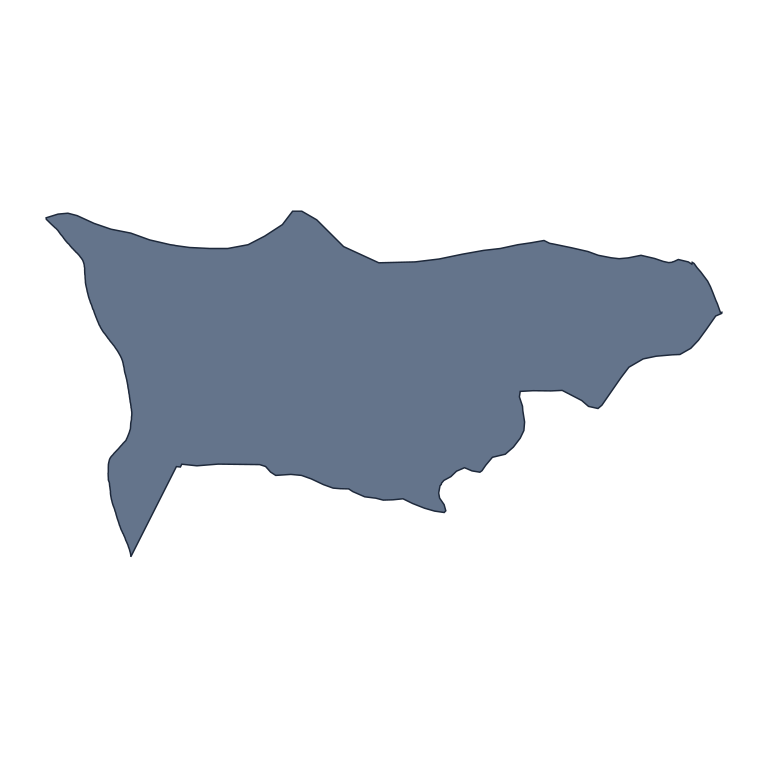 outline of Monchy/Malgretoute, Dauphin, Saint Lucia
{"feature_id": "8701671B92631226508247", "entity_name": "Monchy/Malgretoute", "entity_type": "district", "adm_level": 2, "iso_a3": "LCA", "parent_name": "Saint Lucia", "parent_adm1": "Dauphin", "projection": "orthographic", "projection_center": [-60.922, 14.041], "detail": "fine", "context": "isolated", "style": "filled", "palette": "slate", "viewbox_px": 768, "rotation_deg": 0, "n_neighbors": 0, "source": "geoboundaries", "source_scale": "gbopen_adm2", "svg_char_len": 5979}
<svg xmlns="http://www.w3.org/2000/svg" viewBox="0 0 768 768"><path d="M46.1,217.8L46.3,219.3L51.6,224.5L52.3,225.1L52.9,225.7L53.7,226.4L54.4,227.1L55.0,227.7L56.0,228.4L56.7,229.2L57.9,230.4L58.7,231.7L59.4,232.5L60.1,233.6L60.6,234.3L61.3,235.1L62.2,236.1L62.7,236.8L63.1,237.3L63.4,237.7L63.7,238.3L64.4,239.1L65.0,240.0L65.7,240.8L66.4,241.7L67.1,242.4L67.4,242.9L68.4,243.7L68.8,244.1L69.5,244.9L69.9,245.5L70.3,246.0L70.6,246.4L71.4,247.2L71.9,247.9L73.0,248.9L73.8,249.8L74.5,250.6L75.0,251.0L75.6,251.7L75.9,252.1L76.4,252.5L77.3,253.3L77.8,253.8L78.3,254.5L78.8,254.9L79.8,256.2L80.3,256.9L80.7,257.5L81.2,258.0L82.0,259.2L82.4,259.7L82.6,260.1L82.9,260.8L83.2,261.5L83.6,262.7L83.9,263.6L84.1,264.4L84.3,265.6L84.3,266.4L84.5,267.2L84.7,268.6L84.6,270.0L84.7,270.9L84.7,271.5L84.7,272.5L84.8,273.4L84.8,274.1L85.0,275.2L85.1,276.3L85.1,277.4L85.2,278.8L85.3,279.9L85.4,280.9L85.4,281.7L85.4,282.4L85.7,284.3L85.9,285.2L86.0,285.8L86.3,287.1L86.5,287.9L86.8,289.2L87.0,290.3L87.2,291.4L87.5,292.5L87.8,293.6L88.1,294.9L88.4,296.1L88.7,297.3L88.9,297.8L89.2,298.8L89.4,299.4L89.8,300.3L90.5,302.7L91.0,303.8L91.4,304.6L91.7,305.4L92.0,306.4L92.2,307.0L92.5,308.0L92.7,308.8L92.9,309.2L93.3,309.7L93.5,310.1L93.7,310.7L93.9,311.3L94.5,313.2L94.7,313.8L95.0,314.4L95.2,315.0L95.8,316.6L96.1,317.4L96.3,317.8L96.8,319.1L97.2,320.1L97.4,320.7L97.9,321.7L98.2,322.5L98.4,322.9L98.6,323.5L98.8,324.0L99.3,325.2L99.7,325.6L99.9,326.1L100.2,326.7L100.4,327.2L100.7,327.8L101.3,328.7L101.5,329.1L101.9,329.8L102.3,330.4L102.8,331.2L103.3,332.0L103.8,332.6L104.4,333.4L105.0,334.0L105.5,334.8L106.1,335.5L106.9,336.7L107.6,337.6L108.0,338.3L108.5,338.8L108.9,339.3L109.6,340.3L109.9,340.8L110.9,342.0L111.3,342.5L111.7,342.9L112.3,343.7L113.0,344.6L114.4,346.3L114.8,347.0L115.2,347.5L115.5,348.1L115.8,348.5L116.4,349.3L117.0,350.2L117.5,350.9L117.9,351.6L118.2,352.1L118.6,352.8L119.0,353.5L119.4,354.2L119.9,355.1L120.4,355.9L120.6,356.5L120.8,356.9L121.4,358.0L121.6,358.6L122.3,360.4L122.5,361.0L122.7,361.7L122.8,362.2L123.0,362.8L123.3,364.5L123.5,365.5L123.8,366.8L124.0,367.4L124.2,368.5L124.2,369.1L124.5,370.8L124.6,371.6L125.3,374.3L125.5,374.7L125.8,376.1L126.1,377.3L126.3,378.1L126.6,379.3L126.8,380.1L127.0,381.5L127.2,382.3L127.4,383.1L127.4,383.9L127.7,384.6L127.9,386.6L128.0,387.3L128.2,388.5L128.4,389.3L128.6,390.2L128.6,390.7L128.8,391.7L128.8,392.3L128.9,393.0L129.4,395.2L129.4,395.8L129.5,396.9L129.7,398.0L129.8,398.8L129.9,399.5L130.1,400.5L130.1,401.1L130.3,402.4L130.5,403.1L130.7,404.2L130.8,405.2L131.0,406.2L131.0,407.4L131.3,408.5L131.5,409.7L131.5,410.3L131.8,412.1L131.8,414.3L131.8,414.9L131.7,415.8L131.5,417.1L131.5,417.8L131.5,419.3L131.3,420.4L131.2,421.0L131.0,421.7L130.8,423.0L130.7,423.6L130.7,424.2L130.6,425.6L130.6,426.3L130.5,427.3L130.5,428.0L130.4,428.7L130.3,429.2L129.8,430.6L129.3,432.4L128.7,433.9L128.5,434.4L128.3,435.0L127.9,435.9L127.7,436.4L127.4,437.2L126.8,438.5L126.5,439.0L126.2,439.9L125.8,440.6L125.3,441.1L124.2,442.2L123.8,442.7L123.0,443.4L122.7,443.9L122.1,444.5L121.7,445.1L121.1,445.6L120.0,446.9L119.6,447.3L118.9,448.2L117.9,449.3L117.5,449.7L117.0,450.2L116.1,451.2L115.5,451.7L115.1,452.3L114.2,453.1L113.6,453.9L112.6,455.1L111.5,456.2L110.5,457.5L110.2,458.1L109.6,459.2L109.3,460.2L109.1,461.2L108.9,461.9L108.7,462.7L108.5,463.8L108.4,464.3L108.3,467.4L108.3,469.8L108.3,472.2L108.1,473.6L108.2,474.8L108.2,476.2L108.3,476.9L108.3,477.8L108.4,479.3L108.3,479.8L108.7,481.0L109.0,481.6L109.3,482.6L109.5,483.7L109.5,484.6L109.6,485.3L109.7,486.4L109.9,487.1L110.0,488.3L110.1,488.8L110.3,490.5L110.5,491.9L110.4,492.7L110.5,493.7L110.6,494.8L110.8,495.9L111.3,498.7L111.5,499.7L111.8,500.5L111.9,501.1L112.1,502.0L112.3,502.8L112.7,504.1L113.1,505.4L113.3,505.8L113.5,506.5L113.9,507.3L114.1,507.9L114.4,508.8L114.6,509.3L115.0,510.9L115.3,511.7L115.7,512.7L116.1,514.5L116.9,517.2L117.4,518.9L118.0,520.5L118.2,521.1L118.7,522.6L119.3,524.6L119.5,525.4L119.8,525.8L120.0,526.4L120.5,527.9L121.0,529.3L121.2,529.8L121.8,530.9L122.1,531.6L122.3,532.0L122.5,532.5L122.7,533.1L123.2,533.7L123.6,534.8L124.1,535.9L124.5,536.8L124.8,537.4L125.0,537.9L125.8,540.4L126.1,540.9L126.3,541.3L126.5,541.8L126.7,542.2L127.0,542.9L127.3,543.7L127.7,544.4L128.0,545.3L128.5,547.0L128.9,548.0L129.5,549.6L129.7,550.6L129.9,551.3L130.2,552.2L130.4,553.1L130.6,554.1L130.8,555.5L130.8,556.8L176.4,466.6L180.4,467.0L181.8,464.2L196.9,465.8L218.1,464.1L242.7,464.4L259.7,464.6L265.6,466.5L270.6,472.1L275.7,475.4L290.9,474.4L301.5,475.4L311.3,478.9L323.4,484.6L333.1,488.1L340.2,488.7L348.7,488.9L352.8,491.6L364.7,496.8L374.2,498.0L375.5,498.1L383.2,500.1L392.9,499.8L403.0,498.8L412.6,503.5L424.5,508.2L434.6,511.1L444.2,512.5L445.8,510.8L444.1,504.6L439.6,498.1L438.7,493.0L440.0,485.8L441.3,484.4L441.5,483.2L443.9,480.4L450.9,476.6L456.5,471.2L464.5,467.7L472.0,470.9L479.9,472.2L482.0,470.7L485.7,465.3L492.4,457.3L505.3,454.2L513.4,447.1L520.2,438.2L523.9,430.5L524.6,422.0L522.8,410.6L522.5,406.2L519.4,396.9L520.2,391.4L533.0,390.7L551.0,390.9L562.2,390.4L581.7,400.5L588.5,406.4L598.0,408.5L601.9,405.2L611.3,391.6L620.8,377.9L628.9,367.2L643.2,358.9L656.2,356.2L672.4,354.8L679.9,354.5L690.8,348.3L698.4,340.3L706.2,329.6L715.7,316.0L721.7,313.4L721.9,312.3L720.4,312.4L717.3,303.6L715.9,300.5L712.9,292.7L710.4,286.6L707.6,281.1L700.8,272.0L697.0,267.6L694.1,263.5L692.2,262.3L691.8,264.1L688.3,261.9L678.3,259.5L673.8,261.6L673.1,261.7L671.8,262.3L668.6,262.6L663.2,261.4L654.7,258.5L641.0,255.3L628.1,257.9L619.1,258.7L611.3,257.8L598.3,255.3L587.9,251.5L571.7,247.8L553.4,244.0L549.6,243.3L544.0,240.5L530.9,242.8L517.9,244.7L500.3,248.5L483.6,250.4L462.3,254.2L439.1,259.0L415.0,261.9L378.8,262.8L343.6,246.6L316.7,219.8L301.8,211.2L292.6,211.2L282.4,224.6L264.7,236.1L248.1,244.7L227.7,248.5L210.0,248.5L189.6,247.5L175.7,245.6L174.0,245.2L170.3,244.7L149.6,239.9L130.8,233.1L111.0,229.2L94.1,223.4L77.1,215.6L67.9,213.2L58.0,214.1L46.1,217.8Z" fill="#64748b" stroke="#1e293b" stroke-width="1.5"/></svg>